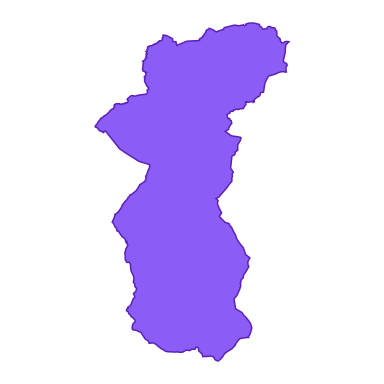 the district of Poiana Stampei, Suceava, Romania
{"feature_id": "2599482B11463008171196", "entity_name": "Poiana Stampei", "entity_type": "district", "adm_level": 2, "iso_a3": "ROU", "parent_name": "Romania", "parent_adm1": "Suceava", "projection": "natural_earth1", "projection_center": [25.094, 47.238], "detail": "fine", "context": "isolated", "style": "filled", "palette": "violet", "viewbox_px": 384, "rotation_deg": 0, "n_neighbors": 0, "source": "geoboundaries", "source_scale": "gbopen_adm2", "svg_char_len": 5945}
<svg xmlns="http://www.w3.org/2000/svg" viewBox="0 0 384 384"><path d="M249.3,337.6L247.9,336.9L249.6,335.1L250.6,332.6L251.8,328.0L250.4,323.2L248.1,320.0L245.6,317.0L244.0,315.7L241.8,312.4L235.6,308.8L234.0,298.9L236.8,295.6L237.5,294.3L240.0,288.4L239.9,287.9L240.5,287.0L240.7,284.6L240.2,283.4L240.8,282.7L240.6,282.1L241.1,280.9L241.3,279.5L243.2,277.9L243.7,274.5L245.1,273.0L248.8,266.7L248.8,266.4L248.1,265.1L247.8,262.5L248.1,261.1L249.9,257.9L245.7,254.6L243.3,247.7L239.6,243.2L236.8,239.0L235.5,235.0L233.6,231.6L231.5,227.2L229.6,225.1L229.0,223.5L225.2,222.4L219.3,216.5L221.6,212.9L218.7,207.2L217.3,203.6L218.1,200.5L216.0,198.5L218.7,197.1L226.5,188.2L229.6,183.9L231.9,181.2L231.8,178.4L232.4,176.5L232.2,173.8L233.3,172.3L230.6,168.1L231.9,156.5L232.7,155.5L234.5,155.0L235.1,153.7L235.0,152.1L236.3,151.5L236.8,150.5L237.7,150.4L237.7,144.9L240.3,140.5L241.0,138.0L240.8,137.4L236.9,136.6L233.3,136.2L230.7,135.4L225.3,131.3L228.4,129.5L229.0,127.7L230.4,124.8L231.7,123.6L231.7,122.9L231.2,120.6L230.0,120.0L229.7,118.5L228.2,118.6L226.7,114.7L230.1,112.8L230.0,111.8L231.5,111.1L232.1,111.5L233.4,111.0L233.4,110.1L235.4,109.8L236.2,109.1L238.1,109.6L239.1,109.3L240.0,108.7L242.6,108.8L243.6,108.1L244.2,107.3L244.3,106.2L245.8,104.9L246.0,104.0L245.5,102.3L245.6,101.9L246.4,101.6L246.4,102.1L248.4,102.3L252.9,101.3L253.2,102.4L254.4,101.8L254.1,101.1L254.2,100.1L254.6,99.5L256.4,97.8L259.4,96.1L260.2,94.6L260.7,92.5L263.5,92.2L264.9,83.1L268.0,76.8L268.8,76.0L276.2,73.8L277.6,72.9L280.6,71.9L283.8,71.6L285.2,72.2L286.4,72.0L285.9,70.1L286.1,67.1L287.2,65.4L286.7,63.7L283.7,62.0L283.4,60.1L285.1,53.1L285.7,45.0L288.9,41.7L286.5,41.4L285.0,41.7L283.4,42.6L282.0,42.9L281.5,42.7L279.9,39.6L280.3,39.1L276.7,35.7L276.6,34.8L276.9,34.1L276.7,31.1L275.5,29.6L275.2,28.5L274.8,28.1L274.0,27.8L271.9,27.7L271.3,27.5L270.5,26.6L269.0,26.5L267.9,26.8L267.2,27.7L266.8,28.8L265.8,28.9L264.8,28.8L263.3,29.1L262.8,28.9L260.7,26.5L259.4,25.7L259.2,25.3L259.4,24.4L253.6,23.0L249.1,23.1L247.9,23.4L245.9,24.1L246.2,24.6L245.0,25.6L244.2,25.5L243.4,24.7L242.6,25.2L240.8,25.3L239.3,25.8L234.4,25.1L224.5,27.6L223.9,28.2L223.5,29.3L217.3,31.4L216.3,32.0L213.1,29.8L209.2,28.3L208.3,29.3L207.3,29.6L206.1,30.7L205.7,32.3L203.1,36.1L202.6,36.2L202.7,37.0L199.4,39.0L199.5,40.5L186.8,41.2L176.8,45.4L175.9,41.7L172.9,41.5L172.5,38.6L166.4,35.5L163.0,35.1L162.9,35.4L163.3,37.0L162.3,37.8L162.4,39.4L161.5,40.5L160.2,40.8L159.5,40.7L159.1,41.5L158.3,41.6L158.2,41.9L157.9,42.0L157.8,42.8L156.2,43.2L156.0,43.9L155.6,44.1L155.1,43.8L154.9,44.2L153.7,44.4L153.4,44.9L152.6,45.0L151.8,45.7L150.0,45.8L147.8,46.8L147.5,47.8L147.5,49.4L146.9,49.7L147.0,51.5L146.2,51.6L146.7,52.1L146.3,53.5L146.8,53.3L147.1,53.7L146.6,54.0L146.8,54.5L146.2,54.7L146.3,55.2L146.1,56.0L146.3,56.4L146.2,56.7L146.6,57.0L145.8,57.5L145.7,58.4L145.3,58.6L145.5,59.2L145.3,59.4L142.6,61.4L143.4,62.1L143.6,62.7L143.0,63.8L143.1,65.8L142.9,66.4L143.0,67.5L142.4,68.9L142.8,69.7L142.8,70.6L143.2,71.1L144.7,71.4L144.9,72.0L146.4,72.4L145.7,73.1L145.9,73.8L145.8,75.0L145.1,76.1L144.5,76.5L145.2,77.2L145.1,77.5L144.5,77.8L144.7,78.1L144.6,78.9L144.8,79.2L144.5,79.9L144.8,81.8L146.9,86.1L148.2,87.3L148.8,88.2L148.7,88.5L147.1,90.1L147.5,92.3L147.4,93.2L146.3,94.0L145.5,94.2L138.5,95.1L135.8,96.0L134.4,96.2L133.9,95.8L131.3,95.6L128.2,98.1L127.1,99.3L127.5,100.0L128.2,100.3L127.8,102.2L127.5,102.4L127.4,102.7L126.1,102.7L125.6,103.2L125.3,102.9L123.6,103.6L123.5,104.0L122.3,103.9L121.6,104.3L121.4,104.0L120.1,104.4L119.6,103.7L119.0,103.6L117.5,103.8L115.7,103.8L115.0,104.6L114.3,104.8L114.6,106.2L114.3,106.3L114.5,106.7L113.3,108.6L111.6,109.4L110.2,110.5L108.6,112.6L107.9,113.1L107.5,113.8L104.5,115.9L103.6,116.2L103.4,117.0L102.2,117.4L101.8,117.9L100.6,118.5L100.1,119.5L98.5,121.5L96.6,124.5L95.9,125.0L95.7,125.8L95.1,126.6L95.6,127.1L97.7,128.0L98.1,128.6L98.6,129.7L99.4,130.5L100.1,131.0L101.5,131.3L103.1,132.5L103.7,132.6L103.9,131.7L104.9,130.9L106.0,131.7L119.7,148.9L122.5,150.7L124.4,152.2L139.0,161.4L149.7,164.6L149.6,166.8L148.7,169.4L147.9,170.7L147.7,171.9L146.9,173.8L146.9,174.8L145.6,176.2L146.0,177.0L146.0,178.5L145.6,179.8L144.7,181.4L142.1,183.3L139.7,184.6L139.6,185.5L138.5,186.7L138.0,188.1L136.0,190.8L131.6,194.3L130.2,194.9L129.7,195.4L129.4,196.4L128.7,197.1L128.2,197.2L127.5,198.9L124.8,201.7L122.2,205.1L121.2,207.8L118.8,211.2L118.4,211.4L118.3,212.0L114.8,214.6L115.1,215.3L114.3,217.1L114.2,218.2L113.5,219.2L112.2,222.0L113.7,223.8L114.8,226.4L115.3,227.2L115.8,227.4L116.4,228.3L116.7,230.5L117.6,231.3L118.6,231.4L120.0,233.7L122.4,237.0L123.7,237.7L125.3,239.3L125.5,240.8L127.0,241.5L127.1,241.9L126.0,242.3L127.9,245.1L126.0,248.7L124.8,253.0L125.2,255.8L125.3,259.9L126.8,262.4L128.3,262.4L128.9,262.1L130.3,263.6L130.9,269.9L131.3,271.4L133.4,275.8L134.1,277.8L133.9,278.1L133.7,280.3L133.4,281.0L133.5,282.5L134.7,284.0L135.0,286.9L136.3,287.9L136.5,288.6L136.0,291.0L133.4,293.7L134.7,296.2L134.7,297.4L133.2,298.7L131.1,304.2L130.2,305.7L127.7,307.4L127.6,307.7L128.0,308.5L127.0,309.0L126.4,310.7L128.1,311.7L129.0,314.1L129.8,314.4L130.9,316.0L131.0,316.6L132.7,317.6L134.8,319.9L135.4,321.0L135.4,321.7L133.8,322.8L133.3,323.5L132.4,325.5L132.2,328.3L132.3,328.9L132.7,329.7L136.4,330.4L141.0,332.5L145.3,339.2L146.9,340.0L148.2,341.0L149.1,343.3L152.8,342.9L153.7,343.0L156.5,344.7L158.1,346.4L159.1,347.0L160.6,348.3L163.8,350.0L164.8,350.9L167.3,351.7L176.1,352.1L177.0,351.7L178.9,352.2L181.7,352.3L182.9,352.0L186.1,350.2L186.9,350.1L189.8,350.6L192.0,349.1L194.9,349.3L195.3,348.9L195.9,347.3L197.8,347.4L198.3,347.7L198.5,348.2L198.6,350.8L202.2,354.2L202.7,356.6L208.7,356.4L210.4,356.0L212.0,356.3L212.9,356.7L214.0,357.8L214.8,359.3L215.5,360.0L216.4,360.5L218.2,361.0L220.2,359.5L221.5,358.0L222.2,357.5L224.3,354.1L225.0,353.3L227.0,351.8L232.1,348.6L235.1,345.4L236.7,342.2L239.7,338.7L242.9,338.0L248.0,337.4L249.3,337.6Z" fill="#8b5cf6" stroke="#5b21b6" stroke-width="1.5"/></svg>